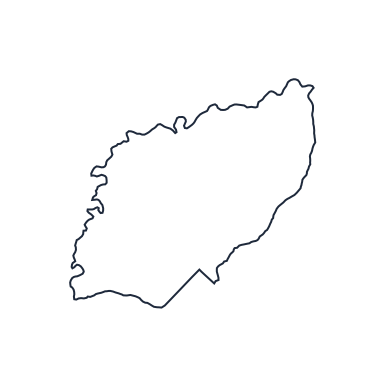 Angélica, Mato Grosso do Sul, Brazil, rotated 291°
{"feature_id": "56859067B10068689760359", "entity_name": "Angélica", "entity_type": "district", "adm_level": 2, "iso_a3": "BRA", "parent_name": "Brazil", "parent_adm1": "Mato Grosso do Sul", "projection": "albers", "projection_center": [-53.859, -22.058], "detail": "fine", "context": "isolated", "style": "outline", "palette": "slate", "viewbox_px": 384, "rotation_deg": 291, "n_neighbors": 0, "source": "geoboundaries", "source_scale": "gbopen_adm2", "svg_char_len": 4794}
<svg xmlns="http://www.w3.org/2000/svg" viewBox="0 0 384 384"><g transform="rotate(291 192 192)"><path d="M227.0,115.8L226.8,113.4L226.1,111.2L223.5,109.8L221.8,110.7L220.4,112.1L218.6,113.6L217.0,114.2L215.5,112.9L214.9,110.0L211.4,108.0L210.1,105.5L208.3,105.0L206.9,103.5L205.2,101.8L203.4,101.1L201.0,102.3L198.4,104.3L196.1,104.0L193.5,102.7L191.2,101.5L189.2,101.3L186.7,101.9L184.8,101.6L183.5,100.6L182.6,98.7L182.2,95.7L181.7,93.7L179.5,92.2L177.5,91.7L175.9,91.5L173.1,91.3L171.2,92.3L172.1,94.0L172.4,95.9L172.4,97.6L173.9,99.5L175.6,101.3L175.8,103.3L175.7,105.3L174.8,106.8L173.3,107.6L171.8,108.3L170.0,109.0L168.1,108.3L167.1,106.2L165.9,104.6L163.0,102.1L160.6,102.4L158.6,101.8L156.8,103.3L154.6,103.5L153.0,102.2L151.5,101.5L148.8,101.7L149.8,103.7L151.0,105.9L151.1,107.5L150.4,109.1L148.8,111.0L147.8,112.9L145.0,114.9L142.8,115.7L140.5,115.9L139.6,114.2L140.5,112.5L141.6,111.0L143.5,110.7L143.8,109.1L142.5,107.7L140.9,106.5L139.9,105.1L139.1,102.9L138.3,100.9L136.7,101.2L135.7,102.9L134.9,106.1L133.7,108.7L131.8,108.6L130.7,107.4L129.5,106.0L127.8,104.9L125.7,104.1L123.0,103.5L121.7,104.9L120.3,106.8L118.0,106.8L117.0,104.6L115.3,105.0L113.7,105.5L111.3,105.1L109.3,104.0L107.4,103.0L105.8,101.6L103.9,101.8L102.2,101.9L100.1,102.1L98.8,103.3L96.4,104.4L93.9,104.5L92.0,104.1L90.1,104.0L88.4,105.2L87.0,106.6L85.5,107.8L83.0,106.1L81.2,106.0L78.9,106.5L77.9,107.7L79.6,109.1L81.3,109.7L82.9,110.7L83.2,112.7L82.7,114.9L81.3,117.2L80.1,118.6L78.8,119.5L76.5,119.2L74.1,117.1L72.2,115.1L71.3,113.4L70.3,112.1L68.7,111.0L65.9,110.5L63.8,110.7L61.8,111.7L60.3,112.6L59.9,114.4L58.5,116.4L56.5,117.8L54.3,118.8L52.1,119.2L49.7,120.5L50.1,122.5L52.0,124.3L53.2,126.5L53.9,129.2L55.5,131.6L57.0,132.1L57.6,134.6L60.4,137.7L62.3,138.9L63.5,140.5L65.5,143.5L66.8,145.0L68.1,146.4L68.9,148.2L69.8,149.7L70.4,151.3L70.8,154.1L70.8,156.6L71.1,159.8L71.1,161.5L71.2,163.2L70.9,164.9L71.5,166.7L72.0,168.2L73.8,171.4L74.4,176.7L74.3,179.5L74.1,181.2L73.0,183.2L72.1,185.5L71.9,188.0L72.5,190.1L72.1,192.8L71.6,195.2L71.2,197.6L71.8,200.4L72.5,202.5L73.2,205.0L76.3,207.3L94.6,215.0L112.6,222.5L122.2,226.7L121.0,229.3L119.2,233.8L114.6,245.5L117.3,246.0L119.3,248.3L121.5,247.4L123.6,245.9L126.6,243.7L128.4,243.0L129.9,242.5L131.8,243.0L133.6,244.0L135.1,245.3L136.4,246.4L138.6,246.9L140.2,249.2L142.1,249.3L144.0,249.6L146.7,249.9L148.3,250.3L149.8,251.1L151.5,251.9L153.4,251.6L154.9,251.9L156.1,254.1L158.9,255.3L160.4,257.2L161.7,259.3L163.2,261.6L164.7,264.0L166.5,265.2L167.9,267.0L169.1,269.0L170.6,270.4L172.3,271.0L174.7,271.2L176.2,272.2L177.8,273.3L179.8,274.0L181.7,274.4L183.5,275.7L185.2,276.0L187.5,276.3L190.5,276.4L192.5,276.6L194.8,276.4L196.7,277.1L198.1,276.7L199.7,276.4L201.7,276.7L204.1,277.0L206.7,277.1L209.4,277.9L211.1,278.8L214.9,281.0L217.8,282.2L219.8,283.6L221.2,284.9L223.5,286.7L225.9,288.7L228.9,290.1L231.2,290.9L232.9,291.5L234.4,292.0L236.1,291.7L237.7,291.7L239.2,291.4L240.9,291.2L243.1,290.7L245.4,291.3L246.9,291.9L248.7,292.7L250.5,292.6L251.9,292.1L253.8,292.2L255.4,292.4L257.7,292.1L260.2,292.5L261.8,291.7L263.5,291.2L265.6,290.3L267.5,289.3L269.5,289.0L271.2,289.3L273.4,289.3L275.9,288.9L277.5,288.8L279.4,288.8L282.4,289.3L285.0,288.0L287.1,286.8L288.6,286.1L290.5,285.0L293.4,284.0L297.0,282.2L299.0,280.8L300.6,280.2L302.8,279.2L304.8,278.0L306.5,276.8L308.6,276.1L311.0,275.8L313.5,275.0L315.9,274.0L317.2,273.0L318.5,271.7L320.0,269.6L321.0,268.0L322.1,266.7L323.7,265.9L326.0,266.0L328.2,266.8L330.7,267.4L332.8,268.2L334.0,266.5L333.9,264.3L333.1,262.1L331.2,259.8L329.9,257.2L331.3,254.7L333.1,252.9L334.3,250.8L334.3,248.4L333.7,246.5L332.0,244.2L330.2,242.9L328.8,242.2L326.8,242.1L324.5,242.0L322.1,241.3L320.0,240.8L317.5,240.8L315.6,240.6L314.2,239.4L313.4,236.7L314.2,234.8L314.7,231.9L314.4,229.9L313.3,228.4L311.3,227.5L308.7,226.3L306.6,225.4L305.0,225.1L303.5,224.6L301.6,223.3L299.8,221.9L297.2,222.1L295.0,222.5L293.8,221.2L293.3,219.5L292.8,217.0L290.7,213.1L291.5,209.8L290.6,205.9L289.7,202.3L288.9,200.3L287.7,199.0L286.6,197.9L285.2,196.5L282.6,195.5L280.6,193.5L279.7,191.6L279.0,189.4L279.8,185.9L281.6,184.2L282.1,182.1L280.9,180.4L279.0,178.4L277.2,177.5L274.5,177.3L273.0,177.0L271.6,175.6L269.5,173.5L267.3,171.8L264.7,170.7L262.8,170.0L260.7,169.6L258.4,169.3L256.6,168.8L254.7,167.9L252.5,166.5L251.0,165.5L249.6,164.4L249.2,162.4L251.0,160.8L253.7,160.9L255.5,161.0L257.2,160.2L258.6,158.2L258.7,156.5L257.3,153.0L255.6,151.6L252.4,151.6L250.8,151.6L248.4,151.2L246.3,152.0L244.5,154.7L242.3,156.1L241.0,155.2L242.6,152.1L243.4,149.1L243.1,144.9L243.1,142.8L243.7,140.1L244.0,138.0L242.7,136.0L241.0,135.3L239.6,134.8L238.1,133.9L236.2,132.4L233.7,131.1L232.2,130.2L230.3,128.7L228.6,127.1L227.7,124.9L227.7,122.5L226.7,119.7L227.0,115.8Z" fill="none" stroke="#1e293b" stroke-width="2"/></g></svg>